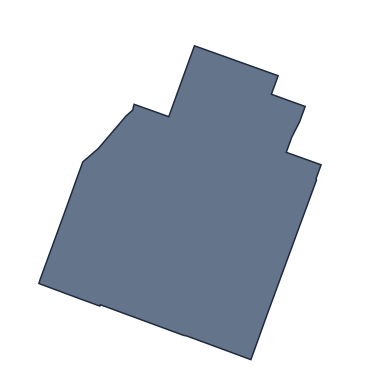 Socorro, New Mexico, United States of America (Equal Earth projection), rotated 290°
{"feature_id": "52423323B71844898406076", "entity_name": "Socorro", "entity_type": "district", "adm_level": 2, "iso_a3": "USA", "parent_name": "United States of America", "parent_adm1": "New Mexico", "projection": "equal_earth", "projection_center": [-106.775, 34.028], "detail": "fine", "context": "isolated", "style": "filled", "palette": "slate", "viewbox_px": 384, "rotation_deg": 290, "n_neighbors": 0, "source": "geoboundaries", "source_scale": "gbopen_adm2", "svg_char_len": 551}
<svg xmlns="http://www.w3.org/2000/svg" viewBox="0 0 384 384"><g transform="rotate(290 192 192)"><path d="M254.6,107.6L248.6,108.2L241.1,104.1L231.9,100.7L200.6,89.0L199.9,88.6L196.0,86.4L183.0,79.1L161.9,79.1L134.0,79.3L58.7,79.2L53.6,79.4L53.3,123.8L53.3,144.4L54.7,144.4L54.4,233.2L54.9,236.1L54.6,304.7L102.5,304.5L246.0,304.9L246.8,304.0L261.7,304.0L261.5,267.0L277.8,267.0L294.8,269.1L311.1,269.1L311.0,249.0L311.0,233.2L330.7,233.2L330.2,144.3L303.2,144.3L254.8,144.4L254.6,107.6Z" fill="#64748b" stroke="#1e293b" stroke-width="1.5"/></g></svg>